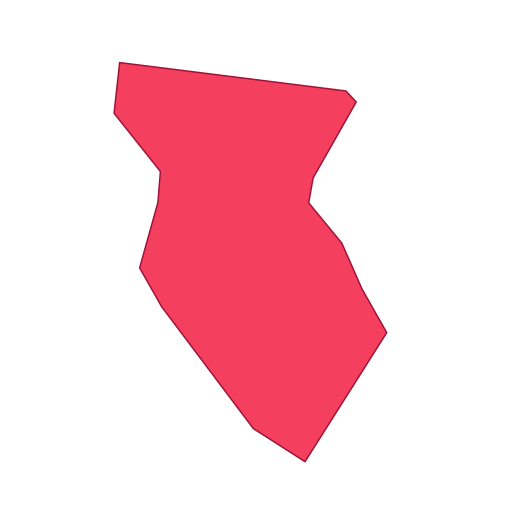 the Municipality of Miklavž na Dravskem polju, rotated 352°
{"feature_id": "SVN-228", "entity_name": "Miklavž na Dravskem polju", "entity_type": "Municipality", "adm_level": 1, "iso_a3": "SVN", "parent_name": "Slovenia", "parent_adm1": "", "projection": "equal_earth", "projection_center": [15.713, 46.486], "detail": "fine", "context": "isolated", "style": "filled", "palette": "rose", "viewbox_px": 512, "rotation_deg": 352, "n_neighbors": 0, "source": "natural_earth", "source_scale": "10m", "svg_char_len": 360}
<svg xmlns="http://www.w3.org/2000/svg" viewBox="0 0 512 512"><g transform="rotate(352 256 256)"><path d="M147.9,45.5L368.0,105.1L376.7,117.4L323.4,186.7L315.6,210.7L342.8,255.3L356.4,303.5L374.8,350.1L275.9,466.5L229.3,426.5L155.6,293.3L139.1,251.6L166.3,189.4L173.1,159.0L135.3,94.9L147.9,45.5Z" fill="#f43f5e" stroke="#9f1239" stroke-width="1.5"/></g></svg>